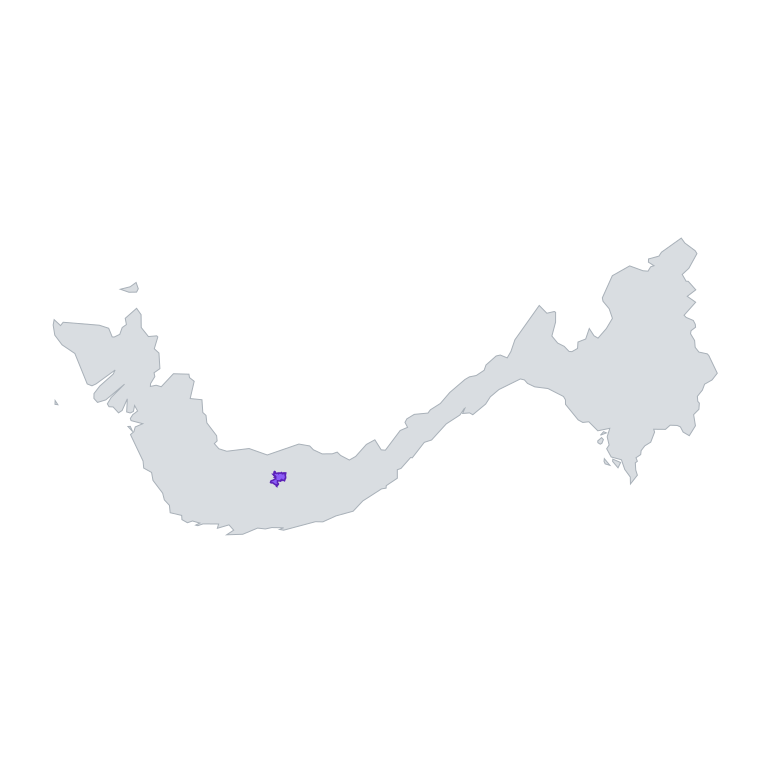 Chu Se, Gia Lai, Vietnam (highlighted), rotated 92°
{"feature_id": "81297802B12572198720361", "entity_name": "Chu Se", "entity_type": "district", "adm_level": 2, "iso_a3": "VNM", "parent_name": "Vietnam", "parent_adm1": "Gia Lai", "projection": "albers", "projection_center": [108.095, 13.698], "detail": "fine", "context": "in_parent", "style": "filled", "palette": "violet", "viewbox_px": 768, "rotation_deg": 92, "n_neighbors": 0, "source": "geoboundaries", "source_scale": "gbopen_adm2", "svg_char_len": 6585}
<svg xmlns="http://www.w3.org/2000/svg" viewBox="0 0 768 768"><g transform="rotate(92 384 384)"><path d="M475.3,134.2L468.4,134.6L461.0,140.4L451.4,144.1L449.0,154.4L440.9,159.2L437.1,156.9L429.0,159.1L420.4,156.8L423.3,168.7L414.6,178.0L415.5,184.0L413.1,188.7L398.0,201.9L393.5,202.1L390.2,204.2L382.8,220.0L381.6,233.2L378.4,240.6L375.0,243.8L374.2,247.9L385.5,268.9L393.1,277.3L400.5,281.7L411.6,294.2L409.9,297.4L410.7,304.4L405.4,302.3L406.0,303.1L412.3,307.0L421.7,320.4L438.3,334.5L440.9,341.7L456.8,353.2L456.5,354.8L467.8,364.1L469.2,367.7L477.7,367.4L485.5,378.2L488.0,378.3L488.9,382.8L501.6,401.1L512.2,410.4L517.5,427.4L523.9,440.3L524.0,447.7L533.6,479.2L533.0,483.3L531.2,479.3L531.4,491.2L533.0,497.5L532.4,505.3L539.1,519.9L540.2,536.0L535.3,529.1L530.2,534.0L534.0,545.5L529.7,544.4L530.1,559.9L532.1,565.2L531.6,567.3L529.4,563.2L527.6,570.6L529.5,575.6L526.6,581.2L522.4,581.6L520.1,593.2L512.8,594.2L507.4,599.5L500.8,601.4L488.4,611.5L480.5,613.2L476.4,621.2L469.4,622.1L443.4,635.6L440.4,632.3L435.6,631.1L432.1,623.7L429.4,635.5L427.3,636.3L423.4,634.0L419.6,629.3L414.2,632.5L420.2,633.5L421.8,636.6L420.9,640.2L407.8,640.0L419.6,644.8L422.1,648.3L416.4,653.9L416.3,658.0L413.5,659.8L407.0,656.2L393.2,643.3L409.6,661.5L412.4,669.7L408.5,673.4L403.7,673.5L396.0,668.0L383.6,655.0L379.4,653.2L393.9,671.7L396.0,675.8L394.3,680.6L364.3,694.0L356.1,707.1L346.7,714.7L336.6,716.7L331.2,715.9L336.9,709.3L333.5,706.8L335.2,670.5L337.9,661.1L346.4,657.3L346.5,655.3L343.6,649.8L336.7,647.6L333.6,643.5L327.4,644.9L317.0,633.9L323.2,629.2L336.0,628.6L344.8,621.1L343.8,612.8L344.9,611.7L356.8,614.8L360.9,610.0L376.5,608.5L380.8,614.2L384.6,613.3L391.7,617.3L394.6,617.4L393.2,611.7L394.5,606.5L381.1,594.8L381.0,579.3L384.4,578.6L387.9,573.8L405.3,577.2L406.1,565.4L418.8,564.1L421.6,560.8L429.0,559.7L441.5,549.5L446.7,548.8L449.5,551.5L454.5,546.8L456.7,538.8L453.2,516.6L459.0,498.2L447.0,467.0L448.5,456.1L452.2,452.3L456.0,443.4L455.6,433.3L453.7,428.4L456.9,424.9L461.2,416.0L457.4,409.8L445.0,399.5L440.1,391.2L449.9,384.5L450.1,380.3L429.9,366.2L426.5,358.9L421.6,361.7L418.0,359.9L413.3,352.7L411.5,339.0L408.2,336.8L401.5,327.0L390.2,318.0L376.7,303.3L373.9,298.9L372.3,292.1L366.8,284.4L361.4,282.7L352.1,272.9L351.0,268.8L353.6,261.8L347.1,258.3L335.2,254.7L300.1,231.6L307.6,223.7L305.6,216.3L306.4,215.0L316.2,214.7L330.2,217.9L337.0,211.9L340.1,205.2L345.0,200.2L345.1,197.3L341.7,191.8L335.3,191.6L332.0,184.0L321.4,180.8L328.5,175.8L330.7,171.7L320.8,163.7L310.4,158.0L300.9,161.6L293.7,168.0L290.3,168.8L267.8,159.6L257.4,142.6L261.8,129.1L262.0,124.1L257.6,121.6L256.4,118.3L253.0,124.0L249.8,124.0L246.6,113.7L242.6,111.3L227.8,92.0L232.6,88.3L240.0,77.6L242.8,75.8L257.8,83.4L264.1,89.8L270.7,85.7L270.8,83.5L279.0,75.7L285.8,84.0L291.4,75.4L304.8,86.5L306.9,84.4L309.7,77.1L313.5,75.0L316.4,74.6L320.0,79.0L323.1,79.4L329.7,75.1L336.5,74.3L341.1,70.4L342.6,62.0L344.2,60.4L361.6,51.3L368.5,56.3L373.0,63.6L379.0,65.6L385.4,70.4L390.4,69.8L392.1,68.2L398.3,68.4L403.8,73.5L414.9,71.3L425.0,77.1L421.6,83.4L416.5,86.3L415.2,89.5L415.2,96.6L419.5,101.1L419.8,112.9L422.6,111.9L432.8,115.4L436.7,121.2L441.6,124.7L445.6,125.0L448.9,129.6L452.4,128.1L454.0,130.1L461.2,129.4L466.3,127.6L475.3,134.2ZM300.8,634.5L301.2,642.1L298.5,650.8L295.7,641.1L291.2,635.3L297.4,632.9L300.8,634.5ZM459.6,147.2L453.4,152.8L451.1,152.7L454.2,144.8L459.6,147.2ZM435.2,168.2L433.4,168.4L430.0,164.7L431.9,162.8L435.7,164.2L436.6,165.8L435.2,168.2ZM456.1,160.2L453.7,161.4L450.9,161.2L457.4,155.4L456.1,160.2ZM425.1,160.0L427.6,165.9L424.0,162.9L425.1,160.0ZM440.4,633.5L435.4,638.4L435.2,636.1L440.4,633.5ZM415.8,712.1L412.0,712.1L416.1,709.2L415.8,712.1Z" fill="#d9dde1" stroke="#a8b0b8" stroke-width="1"/><path d="M475.2,490.4L475.3,490.5L475.6,490.7L475.8,490.7L476.0,490.6L476.0,490.8L476.3,490.9L476.5,490.8L477.1,490.5L477.4,490.4L477.5,490.6L477.7,490.8L477.7,491.0L477.8,491.2L477.8,491.3L478.0,491.4L478.0,491.5L478.1,491.8L478.2,491.7L478.2,491.8L478.3,491.7L478.4,491.4L478.5,491.4L478.8,491.2L479.1,491.1L479.1,490.9L479.2,490.6L479.3,490.4L479.3,490.2L479.4,489.9L479.5,489.7L480.0,489.8L480.4,489.9L480.5,489.9L480.6,490.0L480.6,489.9L480.7,490.0L480.8,490.0L481.0,490.2L481.1,489.9L481.0,489.7L480.9,489.4L480.8,489.2L480.9,488.9L481.0,488.9L481.1,489.1L481.2,489.3L481.9,489.1L482.6,488.9L482.6,489.0L482.6,489.4L482.7,489.7L482.8,489.8L483.0,490.0L483.6,490.9L483.9,491.3L484.2,491.9L484.2,492.0L484.3,492.2L484.4,492.3L484.4,492.5L484.5,492.7L484.5,492.8L484.6,493.1L484.8,493.4L484.9,493.5L485.2,493.4L485.1,493.5L485.3,493.6L485.5,493.7L485.5,493.8L485.8,493.9L486.0,493.9L486.3,493.8L486.5,493.9L486.6,493.7L486.7,493.1L486.8,492.6L486.6,491.8L486.7,491.6L487.4,490.7L487.5,490.5L487.9,490.0L488.1,489.3L488.5,489.0L488.5,488.9L488.5,487.9L488.8,488.1L489.1,488.1L489.6,488.1L490.0,487.9L490.2,487.5L489.8,487.5L489.7,487.5L489.3,487.4L489.2,487.3L488.9,486.8L488.7,486.7L488.3,486.4L488.0,486.1L487.5,486.0L487.4,486.0L486.9,486.5L486.6,487.1L486.0,487.0L484.9,487.1L484.4,487.1L484.5,485.6L484.5,485.3L484.6,484.7L484.7,484.2L484.3,484.1L484.0,484.1L483.9,484.0L483.8,483.9L484.0,483.8L484.0,483.6L484.1,483.4L484.1,483.2L483.8,483.2L483.6,483.1L483.7,482.9L483.8,482.8L484.0,482.9L484.1,482.7L483.9,482.5L483.8,482.4L483.7,482.5L483.6,482.4L483.4,482.4L483.5,482.3L483.5,482.2L483.6,481.9L483.6,481.7L483.5,481.4L483.6,481.2L483.8,481.0L484.0,480.6L484.0,480.4L484.1,480.2L483.9,480.2L483.7,480.2L483.6,479.9L483.4,479.7L483.2,479.6L482.9,479.7L482.6,479.7L482.3,479.7L482.0,479.6L481.9,479.2L481.7,479.1L481.4,479.0L481.2,479.0L480.9,479.0L480.7,479.2L480.4,479.2L480.2,479.1L479.9,479.1L479.7,479.2L479.4,479.3L479.2,479.3L478.9,479.4L478.8,479.5L478.7,479.4L478.5,479.5L478.3,479.4L478.2,479.4L477.9,479.4L477.7,479.3L477.7,479.5L477.5,479.4L477.3,479.3L477.1,479.2L476.9,479.2L476.8,479.4L476.8,479.5L476.7,479.6L476.5,479.4L476.3,479.3L476.3,480.2L476.3,480.4L476.3,480.5L476.7,480.4L476.9,481.1L477.2,481.9L476.7,482.0L477.0,482.7L476.8,482.8L476.7,482.8L476.3,483.0L476.3,483.3L476.1,483.5L476.3,483.7L476.3,483.8L476.5,484.0L476.8,484.5L476.8,484.8L476.7,484.8L476.6,485.0L476.6,485.4L476.6,485.5L476.5,485.8L476.5,486.0L476.7,486.3L476.7,486.6L476.8,486.6L476.7,486.7L476.7,486.9L476.7,487.0L476.8,487.3L476.9,487.5L477.0,487.6L477.0,487.8L477.1,488.0L477.1,488.3L477.1,488.5L476.9,488.7L476.9,488.8L476.9,489.1L476.7,489.2L476.7,489.3L476.3,489.4L476.3,489.5L476.2,489.6L476.1,489.8L476.0,489.7L475.9,489.8L475.7,489.8L475.4,489.8L475.3,490.0L475.2,490.3L475.2,490.4Z" fill="#8b5cf6" stroke="#5b21b6" stroke-width="1.5"/></g></svg>